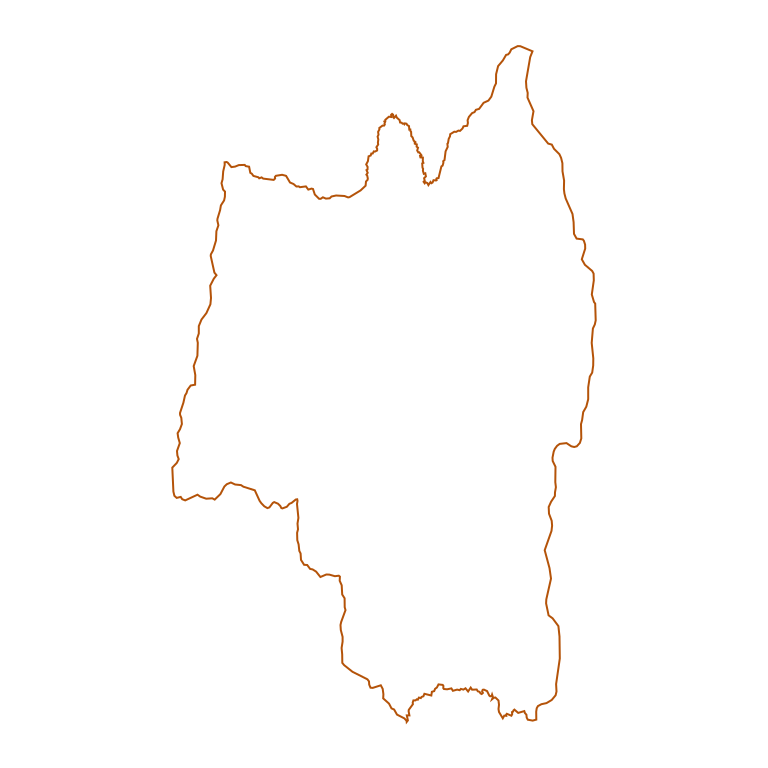 Santa Fe De Antioquia, Antioquia, Colombia
{"feature_id": "7082276B62917896081340", "entity_name": "Santa Fe De Antioquia", "entity_type": "district", "adm_level": 2, "iso_a3": "COL", "parent_name": "Colombia", "parent_adm1": "Antioquia", "projection": "equal_earth", "projection_center": [-75.913, 6.54], "detail": "fine", "context": "isolated", "style": "outline", "palette": "amber", "viewbox_px": 768, "rotation_deg": 0, "n_neighbors": 0, "source": "geoboundaries", "source_scale": "gbopen_adm2", "svg_char_len": 6085}
<svg xmlns="http://www.w3.org/2000/svg" viewBox="0 0 768 768"><path d="M588.2,387.3L589.8,376.6L592.2,372.6L593.2,365.5L593.3,358.4L591.7,342.9L592.9,328.5L594.8,324.5L595.7,320.4L595.2,303.6L594.0,302.0L591.8,294.5L593.8,280.4L593.6,273.6L592.2,271.0L584.9,264.8L581.8,259.3L585.2,248.6L585.1,244.6L583.9,240.8L582.8,239.4L576.6,238.6L574.0,233.9L573.6,222.2L572.5,214.0L565.7,198.5L564.4,193.4L563.9,189.1L564.1,180.6L562.5,171.3L562.4,163.2L561.1,157.9L559.4,154.2L554.0,148.8L551.8,144.6L548.2,143.6L532.3,124.2L531.9,120.2L533.5,111.2L527.5,97.6L527.7,92.9L526.4,87.7L526.0,81.3L530.2,57.1L532.5,51.3L520.3,46.2L517.7,46.1L511.3,49.3L509.7,52.6L508.1,54.4L506.1,54.9L502.9,60.4L498.1,66.1L496.1,74.2L496.0,83.4L494.4,86.6L491.3,96.7L488.4,100.6L483.6,102.8L479.1,108.9L475.9,109.8L474.5,112.1L472.1,113.1L468.9,116.9L467.6,120.2L467.9,123.0L467.2,125.8L463.5,126.3L462.5,128.5L460.0,130.9L458.4,130.6L456.1,131.9L454.3,131.7L450.2,134.2L450.0,136.3L448.7,138.9L448.0,143.0L447.4,143.8L447.7,146.9L445.6,151.3L444.5,160.1L443.2,161.2L443.4,162.8L442.6,165.6L441.4,166.4L438.5,178.1L436.7,178.3L436.3,179.0L436.6,180.2L436.0,180.5L433.5,180.2L432.6,182.5L431.4,183.2L430.5,182.0L428.4,185.1L427.4,183.1L425.5,182.2L424.7,183.3L423.6,181.8L424.7,180.6L424.1,178.2L425.9,176.4L425.3,173.3L423.8,173.8L422.9,170.7L423.1,168.8L422.5,167.7L422.2,163.4L423.4,162.9L422.8,161.2L422.9,157.6L420.4,157.4L420.1,156.0L421.4,156.0L421.5,155.3L419.2,152.3L418.3,152.4L417.2,150.5L418.0,147.7L416.6,146.6L416.8,144.4L414.8,143.7L414.7,142.8L415.4,142.1L413.7,140.7L412.6,137.4L411.3,136.1L411.1,131.8L410.5,131.2L410.3,129.5L409.3,129.6L409.0,126.1L407.3,125.1L406.5,123.7L405.0,123.4L404.4,124.2L404.0,123.5L402.6,123.7L401.6,122.7L400.1,122.5L399.6,120.1L396.8,117.6L396.0,115.7L394.0,118.0L393.5,117.4L393.1,114.7L392.1,113.9L391.1,114.8L391.3,117.0L388.9,116.7L385.3,119.8L385.3,121.3L384.5,121.5L385.0,122.2L384.5,123.3L384.8,124.5L384.1,125.6L382.5,125.6L379.3,128.0L379.4,129.4L378.1,131.9L378.5,134.7L377.6,136.6L378.3,139.4L377.9,142.8L378.2,144.5L376.4,147.2L377.2,148.9L377.1,150.5L374.9,151.6L373.8,151.4L372.7,153.5L371.3,153.5L370.7,155.5L368.6,156.3L367.9,161.2L366.2,164.4L367.6,166.9L367.5,169.5L366.5,170.1L367.7,172.8L366.4,174.7L367.2,175.6L367.8,178.4L367.6,179.8L366.0,181.5L365.6,185.7L360.6,190.4L349.6,197.1L348.1,197.4L344.5,196.0L336.1,195.5L331.5,196.5L329.7,198.3L325.9,198.6L322.9,197.3L320.7,198.8L319.1,198.8L314.8,194.5L313.0,189.0L311.5,188.6L308.3,189.6L305.9,186.4L299.9,187.2L298.7,186.4L296.4,186.5L293.5,184.0L290.0,182.5L286.1,175.9L285.2,175.6L282.1,174.8L275.9,175.8L274.9,177.0L275.1,178.5L273.7,179.9L263.2,178.6L261.6,177.4L259.2,178.3L258.4,177.3L253.4,175.9L251.8,173.7L250.3,172.8L249.1,166.7L245.7,166.1L244.7,164.9L238.8,165.1L235.1,166.6L231.4,167.1L227.7,162.6L226.6,162.0L224.6,162.3L224.7,164.9L223.2,171.4L222.6,179.3L221.5,183.2L223.1,189.6L225.0,191.6L224.9,196.7L224.1,200.4L220.9,205.4L220.1,210.1L217.5,218.7L217.3,220.4L218.4,225.3L216.4,231.2L216.0,240.5L213.0,250.5L210.9,254.3L210.7,255.9L214.4,272.6L216.5,275.2L213.8,278.7L210.2,285.7L211.0,298.0L210.4,304.3L206.4,313.1L201.5,319.5L198.8,326.1L198.8,333.5L197.0,338.9L197.8,342.8L197.4,355.8L193.7,366.1L195.3,375.1L195.1,384.7L190.7,385.5L187.5,389.8L186.5,393.1L185.0,395.5L183.4,402.7L180.0,413.0L180.1,414.9L181.3,417.8L181.9,424.0L180.0,429.2L177.6,433.2L178.2,437.5L179.8,443.1L177.0,451.0L177.4,455.5L178.7,459.1L176.8,462.9L172.3,467.6L173.4,491.6L174.4,495.8L176.7,497.9L180.7,496.9L182.2,499.2L185.2,500.4L197.5,494.7L200.2,496.6L206.2,498.7L212.3,498.3L214.7,499.6L220.4,494.1L224.4,486.5L226.8,484.2L230.9,482.5L235.1,484.5L241.0,485.1L243.4,486.7L254.8,490.3L259.6,500.8L261.3,503.2L264.3,506.3L267.4,508.1L269.4,507.4L272.8,502.9L274.2,502.1L278.0,503.7L280.3,506.0L281.3,508.0L282.4,508.4L286.8,506.8L289.4,503.8L291.6,502.9L295.8,499.5L297.2,499.3L297.5,500.9L297.0,504.0L298.4,517.9L297.5,523.6L298.0,529.3L297.1,532.8L297.3,540.2L298.6,544.4L299.3,550.9L300.6,553.5L301.0,559.9L304.1,564.8L307.2,565.0L310.1,568.9L312.6,569.4L316.1,571.6L320.4,577.0L326.3,574.5L329.3,574.6L334.9,576.2L338.8,575.7L339.9,576.6L339.7,580.8L341.7,585.3L342.2,594.5L344.6,598.3L344.7,607.2L345.5,610.1L341.2,621.9L340.5,625.0L340.8,630.0L342.6,636.9L342.6,641.6L341.6,648.0L342.2,654.5L342.3,662.9L344.2,665.2L352.5,671.8L367.4,679.3L369.0,681.4L369.2,684.6L370.5,687.7L372.7,687.9L380.8,685.3L382.7,688.9L383.4,694.2L383.2,698.4L389.0,703.6L391.5,708.4L394.1,709.5L397.0,714.6L404.4,718.4L406.6,720.9L406.7,721.9L407.9,720.4L406.8,715.4L409.4,715.4L408.6,711.1L408.8,709.8L412.9,704.2L412.7,702.6L413.4,700.4L415.5,700.4L416.8,699.3L417.8,699.7L418.9,697.6L420.8,698.1L421.6,696.9L423.4,696.3L424.4,693.8L431.3,695.5L431.9,691.8L434.2,691.1L435.1,688.8L436.9,687.5L438.5,684.4L442.7,684.9L443.4,685.9L443.3,688.2L443.9,689.0L447.1,689.3L451.4,688.4L452.9,690.8L457.1,689.6L459.7,690.2L460.8,688.9L463.4,689.6L465.5,688.3L468.1,691.5L470.7,687.6L472.1,689.7L476.7,689.5L477.8,691.3L479.5,691.8L480.5,693.4L481.7,694.0L482.9,692.9L482.1,691.3L482.7,689.8L483.9,689.6L487.1,691.1L489.3,695.6L490.2,696.3L491.7,695.9L492.1,694.6L492.9,697.0L492.1,699.2L493.8,697.8L495.4,697.5L498.5,700.5L499.0,704.8L498.5,709.0L499.0,712.0L502.8,718.3L504.3,715.6L506.2,715.8L506.0,714.9L506.8,713.8L511.4,715.7L512.2,714.2L512.0,712.1L513.1,711.6L513.4,710.5L514.4,709.6L518.2,712.9L524.3,711.1L524.9,713.0L526.4,714.7L526.7,717.6L527.8,719.7L532.7,720.6L536.3,719.6L536.2,711.7L536.7,708.3L537.9,706.1L541.4,704.2L546.5,703.1L551.7,700.0L555.6,695.3L556.5,691.5L556.1,684.1L559.8,658.5L559.5,636.5L558.4,626.1L552.6,618.3L548.6,615.4L546.1,603.4L546.3,599.4L551.0,578.6L549.5,568.1L544.7,550.2L551.5,530.9L552.1,525.7L551.7,520.8L549.0,513.7L548.7,507.0L551.1,501.7L554.9,496.0L555.0,492.3L555.9,487.2L555.3,482.2L555.5,466.8L552.7,461.0L552.5,457.7L553.7,451.6L554.8,448.9L557.1,445.8L559.7,443.9L566.5,443.1L571.3,446.3L574.2,447.0L576.8,446.3L579.9,442.9L581.3,438.4L581.0,424.1L582.1,420.1L583.2,412.1L586.3,406.7L588.2,399.2L588.2,387.3Z" fill="none" stroke="#b45309" stroke-width="2"/></svg>